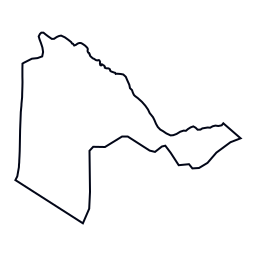 Belén, Salto, Uruguay (Equal Earth projection)
{"feature_id": "84410073B21577121406098", "entity_name": "Belén", "entity_type": "district", "adm_level": 2, "iso_a3": "URY", "parent_name": "Uruguay", "parent_adm1": "Salto", "projection": "equal_earth", "projection_center": [-57.672, -30.856], "detail": "fine", "context": "isolated", "style": "outline", "palette": "ink", "viewbox_px": 256, "rotation_deg": 0, "n_neighbors": 0, "source": "geoboundaries", "source_scale": "gbopen_adm2", "svg_char_len": 2096}
<svg xmlns="http://www.w3.org/2000/svg" viewBox="0 0 256 256"><path d="M163.1,131.2L160.3,129.6L157.8,127.0L156.0,123.8L154.4,120.0L153.0,117.2L149.7,113.1L148.0,109.5L145.4,105.8L142.0,101.9L137.8,98.1L135.1,96.1L133.9,94.9L132.8,92.5L132.0,90.1L130.0,88.2L129.3,84.8L127.2,80.1L125.8,76.8L123.3,74.5L120.8,74.0L118.3,73.8L116.3,73.7L115.7,73.9L115.1,72.8L114.3,72.6L111.2,71.5L110.2,70.7L109.9,69.3L108.6,68.4L106.2,68.3L105.5,68.0L104.8,67.7L104.8,66.5L103.9,65.5L103.2,65.2L102.4,64.5L101.6,64.3L101.2,64.7L101.1,65.3L100.6,65.3L100.3,65.1L100.1,64.4L99.9,63.4L100.1,62.0L100.0,61.8L99.6,60.8L99.4,60.5L99.1,60.2L98.6,60.1L98.2,60.1L97.7,60.4L97.1,60.4L96.7,60.3L95.9,60.1L94.0,58.8L93.1,58.5L92.4,58.0L90.4,56.2L89.9,55.3L89.8,54.4L89.6,54.1L89.3,53.9L89.3,53.4L89.1,53.0L88.4,52.8L87.9,52.0L87.6,51.2L87.6,50.5L87.7,49.8L87.8,49.2L87.7,48.7L87.2,47.7L86.4,46.9L85.2,45.7L83.5,44.5L82.4,43.8L81.4,43.2L80.4,43.0L79.3,43.0L77.6,43.6L76.0,44.8L74.5,45.4L74.2,45.5L73.0,43.8L72.0,43.5L71.2,42.1L68.3,39.8L64.8,37.3L61.1,35.6L59.1,36.0L58.1,36.4L56.6,37.1L54.1,38.8L51.8,38.9L48.2,36.4L45.7,34.5L43.5,32.7L41.3,32.7L40.0,33.9L38.7,36.4L39.5,39.2L41.0,43.2L42.4,47.5L43.1,52.0L42.2,56.4L37.5,58.1L31.9,58.7L23.8,62.8L22.5,63.6L22.4,68.5L22.4,72.1L22.4,76.5L22.5,82.1L22.4,86.9L22.2,93.0L22.1,97.3L21.5,103.6L21.4,105.9L21.2,107.9L20.8,112.1L20.5,120.0L20.3,124.8L20.1,130.4L20.0,135.7L19.9,141.6L19.8,146.9L19.7,151.4L19.5,156.2L19.3,159.8L19.2,162.6L19.0,164.6L18.9,167.2L18.0,172.3L17.3,176.3L15.4,180.1L82.9,223.3L89.2,208.7L90.0,191.9L89.5,150.8L93.2,146.8L105.0,147.0L122.1,136.5L127.7,136.5L149.7,150.6L155.0,151.9L161.9,146.5L165.3,145.7L170.6,152.7L178.7,165.2L189.0,164.2L192.4,168.4L199.0,168.0L207.5,162.9L216.4,152.6L230.5,142.2L240.6,138.3L223.3,123.3L221.7,125.3L219.9,125.7L218.3,126.0L215.4,125.6L212.6,126.3L210.2,127.7L207.6,127.5L204.7,128.0L202.3,128.4L200.5,129.6L197.6,129.7L195.6,127.7L193.3,126.4L190.6,127.4L187.9,129.1L185.9,130.8L183.7,130.6L180.3,131.7L176.5,134.0L173.2,135.2L170.6,135.4L166.3,133.4L163.1,131.2Z" fill="none" stroke="#020617" stroke-width="2"/></svg>